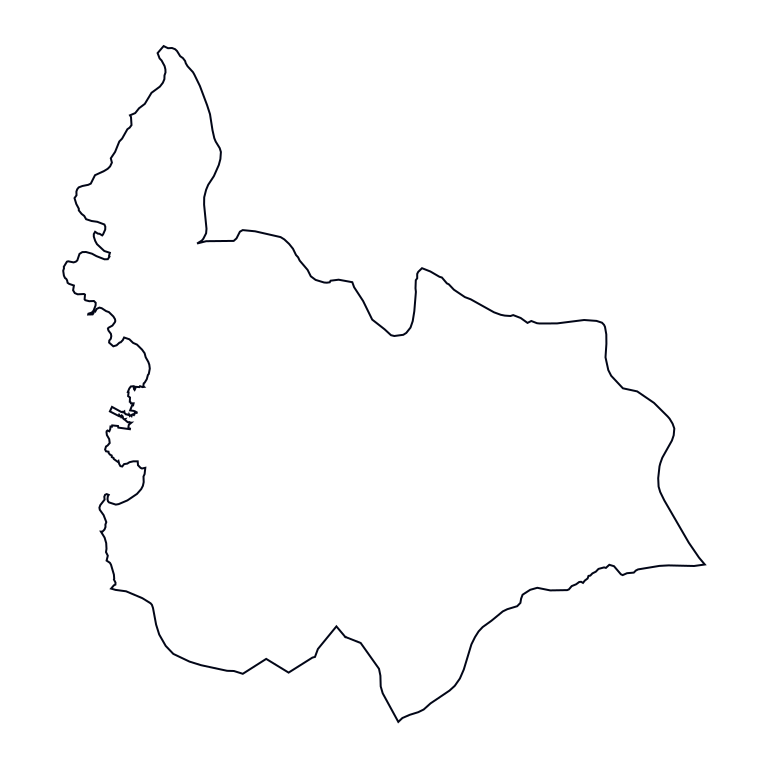 outline of Kota Bima, Nusa Tenggara Barat, Indonesia
{"feature_id": "22746128B33789977192923", "entity_name": "Kota Bima", "entity_type": "district", "adm_level": 2, "iso_a3": "IDN", "parent_name": "Indonesia", "parent_adm1": "Nusa Tenggara Barat", "projection": "robinson", "projection_center": [118.763, -8.441], "detail": "fine", "context": "isolated", "style": "outline", "palette": "ink", "viewbox_px": 768, "rotation_deg": 0, "n_neighbors": 0, "source": "geoboundaries", "source_scale": "gbopen_adm2", "svg_char_len": 6034}
<svg xmlns="http://www.w3.org/2000/svg" viewBox="0 0 768 768"><path d="M163.6,46.1L157.6,53.1L159.6,58.4L161.6,60.5L164.6,66.1L165.4,69.4L165.5,72.5L164.5,75.4L164.4,79.1L162.9,82.7L159.9,86.6L151.5,92.8L144.8,103.9L139.1,108.2L135.2,113.1L130.0,115.3L131.0,117.0L131.5,125.1L129.7,127.6L127.4,129.2L122.1,138.6L119.3,141.5L115.1,151.9L110.8,158.3L111.9,162.6L110.1,166.4L107.7,168.8L104.1,171.0L95.0,175.2L90.8,183.6L88.3,184.8L82.4,186.0L78.7,187.4L77.2,189.3L76.4,191.6L76.5,195.3L74.5,198.1L76.3,204.0L78.8,208.7L78.8,210.4L81.6,213.9L84.2,215.9L86.1,219.2L91.6,221.0L97.3,221.8L104.4,224.5L105.3,226.7L105.2,229.6L103.0,234.5L102.2,235.4L99.6,233.8L97.8,233.6L95.1,231.8L93.8,234.1L93.8,236.6L95.2,240.9L97.0,244.2L104.3,251.0L109.9,252.8L109.0,256.0L109.5,256.6L107.8,259.2L104.5,259.3L96.4,256.1L92.0,253.7L86.0,252.0L82.3,252.1L79.5,253.9L77.3,260.4L75.8,261.7L73.6,262.4L68.2,261.3L66.9,261.7L63.8,266.8L64.0,268.2L63.2,270.8L63.9,275.6L65.0,278.0L66.2,278.8L67.1,280.4L67.6,282.8L69.2,283.9L73.9,285.5L73.1,290.3L74.8,293.1L77.7,294.3L84.0,294.0L85.0,294.6L84.6,299.3L85.3,300.2L89.2,301.2L93.9,301.0L95.7,302.8L95.6,305.3L93.6,310.6L91.8,312.6L88.4,313.7L88.2,314.5L92.6,314.4L93.5,313.1L93.5,312.1L94.5,311.3L95.2,311.6L96.7,308.9L99.4,307.6L101.7,308.2L106.1,311.1L108.9,312.1L113.4,316.5L115.0,319.2L115.3,321.0L114.9,322.2L112.4,325.6L108.4,327.8L107.9,328.7L108.5,330.6L110.9,333.8L111.3,336.1L110.8,338.7L109.3,340.5L109.1,342.6L113.3,346.3L116.6,345.3L119.5,342.6L120.7,342.3L122.8,340.1L124.1,337.5L129.4,339.3L133.1,342.9L137.0,344.6L142.1,349.7L144.6,353.2L145.7,357.3L148.3,361.9L149.3,364.7L149.8,368.6L148.8,373.9L147.9,375.0L146.8,379.1L144.7,382.6L143.7,383.4L143.3,386.3L144.0,386.9L142.5,387.1L140.0,386.2L139.4,387.1L135.3,386.8L135.4,388.3L134.6,389.9L134.0,389.1L133.6,386.2L130.8,386.5L129.3,388.5L127.8,392.1L128.6,392.4L128.1,396.1L130.0,397.5L129.8,401.8L130.4,402.0L130.9,403.3L133.6,403.3L133.1,405.4L132.1,405.4L130.1,410.4L133.7,410.9L135.1,411.4L135.6,411.7L137.5,412.8L136.7,412.4L136.6,412.9L134.9,412.7L134.4,414.3L134.0,414.1L133.7,415.0L132.6,414.4L131.9,414.8L131.5,416.2L129.7,414.9L129.5,415.4L129.0,414.4L128.8,415.0L127.6,414.8L127.4,415.4L127.4,414.8L126.9,414.5L126.5,415.0L126.7,414.4L125.8,414.3L124.5,412.9L124.3,411.4L123.0,412.3L122.5,411.8L121.3,412.0L112.0,406.9L109.9,411.4L118.6,415.9L119.1,414.8L120.2,416.4L120.5,415.9L121.7,416.2L121.9,415.6L122.6,416.3L122.2,417.2L122.8,417.1L123.2,418.5L124.1,419.3L125.1,419.1L124.7,419.6L127.7,422.2L129.2,422.3L129.7,421.4L129.6,422.8L131.3,422.7L128.9,424.7L128.6,425.8L128.4,427.5L128.8,428.2L130.0,428.6L129.9,429.2L118.3,427.6L118.0,426.0L112.2,425.4L111.9,426.7L110.5,426.5L110.2,429.2L109.3,431.3L107.5,430.5L106.7,431.2L106.5,432.2L106.9,435.1L109.2,439.1L109.7,443.0L107.6,445.5L106.0,446.5L105.1,449.5L106.0,451.3L108.5,451.7L108.6,452.8L109.8,454.5L111.7,455.5L111.8,457.1L113.5,457.9L113.8,459.0L117.8,461.9L118.5,461.1L119.2,463.9L120.4,466.1L122.2,466.5L124.1,464.1L127.3,463.6L129.5,462.2L133.4,461.3L137.7,461.3L138.0,465.2L140.5,467.8L142.0,468.5L145.3,467.8L144.6,474.1L143.5,476.5L143.7,482.1L142.9,485.8L141.2,489.1L137.0,493.9L127.4,500.4L118.7,504.1L115.8,504.6L109.0,502.4L108.0,501.3L107.5,499.2L107.8,496.4L108.7,494.9L106.7,494.1L105.1,494.8L104.3,496.7L104.6,499.6L100.3,505.1L99.4,507.7L99.8,509.8L103.6,515.1L106.3,522.1L105.4,524.6L105.5,527.0L104.5,529.5L102.5,531.6L100.9,531.6L104.6,537.6L106.2,543.1L106.5,548.8L106.0,552.1L107.8,555.7L106.6,560.6L109.9,562.8L111.0,564.7L113.9,574.6L114.2,578.6L113.9,579.5L115.5,582.6L115.4,584.6L113.9,585.3L111.1,588.6L115.6,589.9L126.1,591.3L142.4,598.2L150.6,603.3L151.9,604.8L153.0,608.0L156.1,624.6L159.2,634.5L165.7,645.9L173.3,653.9L189.5,661.6L201.1,665.2L227.1,670.8L233.9,671.0L242.8,673.8L266.2,658.9L288.6,672.6L312.4,657.6L315.0,656.9L317.9,649.0L336.4,626.4L345.5,637.2L346.7,636.8L346.0,637.2L360.7,643.0L379.0,668.8L380.4,675.7L380.7,686.4L382.7,693.3L398.3,721.9L402.4,718.0L409.8,714.8L418.2,712.2L423.7,709.5L430.5,703.4L449.5,690.6L454.8,685.8L459.9,678.5L463.8,669.5L471.4,644.4L475.0,637.1L478.6,631.4L482.6,627.1L491.5,620.7L502.8,611.4L507.3,609.2L517.2,606.2L520.4,602.9L521.1,598.7L522.6,594.7L530.2,589.8L537.3,587.8L550.2,590.4L567.2,590.1L568.9,589.4L571.7,586.1L576.1,584.3L579.2,582.0L581.1,581.8L583.0,582.9L584.9,580.5L587.6,578.5L588.5,575.9L590.3,575.6L592.4,573.4L595.8,571.7L598.5,568.9L604.1,567.4L605.9,567.9L609.3,564.8L614.0,566.2L620.9,574.3L622.7,575.1L627.0,573.2L633.8,572.6L635.9,570.5L638.1,569.4L659.4,565.9L668.4,565.4L694.1,566.0L704.8,564.5L699.0,557.6L688.8,542.7L664.3,500.4L660.2,492.0L658.6,486.6L658.2,478.2L659.5,466.4L660.3,463.3L662.3,457.7L671.9,440.6L673.7,435.3L674.3,428.5L672.6,423.7L669.6,418.7L667.7,416.5L654.0,402.9L637.2,391.4L622.9,388.3L611.2,375.8L608.3,370.1L605.5,357.3L606.4,343.8L606.3,334.4L605.0,326.9L604.0,324.8L602.0,322.7L596.5,320.9L584.1,320.0L557.1,323.4L539.6,323.5L537.0,323.2L531.3,321.0L527.5,322.9L520.7,318.0L513.2,315.1L510.5,316.0L504.8,315.6L500.8,314.8L494.0,312.3L470.7,299.3L464.9,297.1L453.9,289.7L448.8,284.3L446.9,283.4L441.9,277.5L439.5,276.8L430.4,271.5L422.0,268.2L418.2,271.9L417.2,273.9L417.2,278.3L415.8,280.2L415.5,288.3L415.9,291.9L414.3,311.3L412.7,321.2L410.5,327.6L406.3,332.9L403.3,334.8L394.3,336.0L391.0,335.2L384.6,329.3L372.2,319.6L363.1,301.0L354.1,287.2L352.3,282.2L338.6,279.7L330.6,280.7L329.7,282.3L326.8,282.7L324.1,282.5L315.6,279.9L310.8,276.3L307.6,269.9L299.7,260.6L298.1,257.3L296.0,255.0L293.0,248.8L289.1,243.9L284.3,239.4L280.6,237.1L255.1,231.3L242.7,230.1L239.9,231.7L236.5,238.4L233.7,240.9L206.2,241.2L197.1,243.5L201.8,240.6L203.3,238.8L206.1,233.3L206.5,228.8L204.1,204.7L204.2,197.3L206.1,189.8L208.2,184.8L213.9,176.1L218.8,165.0L220.4,159.0L220.9,152.0L219.7,148.1L215.7,141.6L214.3,138.2L212.5,130.2L210.0,114.2L207.1,105.2L199.9,86.0L194.4,74.7L193.0,72.2L187.6,66.3L185.8,63.3L185.1,61.0L182.9,58.1L180.2,56.2L177.0,51.0L175.1,49.2L172.0,48.0L168.0,48.2L163.6,46.1Z" fill="none" stroke="#020617" stroke-width="2"/></svg>